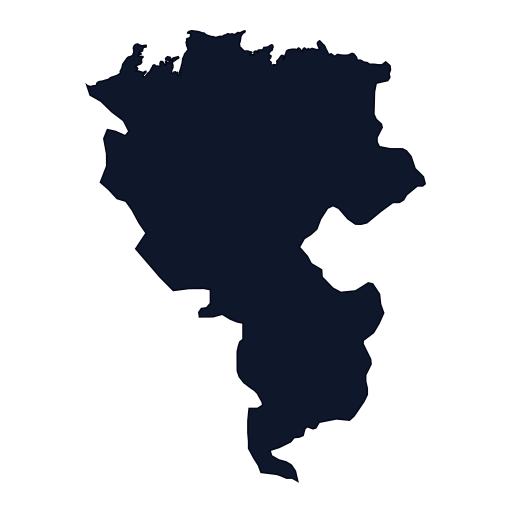 the district of Tumanian, Lori, Armenia
{"feature_id": "60910142B81526699291587", "entity_name": "Tumanian", "entity_type": "district", "adm_level": 2, "iso_a3": "ARM", "parent_name": "Armenia", "parent_adm1": "Lori", "projection": "equal_earth", "projection_center": [44.669, 40.997], "detail": "fine", "context": "isolated", "style": "filled", "palette": "ink", "viewbox_px": 512, "rotation_deg": 0, "n_neighbors": 0, "source": "geoboundaries", "source_scale": "gbopen_adm2", "svg_char_len": 5757}
<svg xmlns="http://www.w3.org/2000/svg" viewBox="0 0 512 512"><path d="M297.8,481.3L295.4,471.1L291.3,465.0L286.1,461.9L278.8,459.9L271.6,455.8L270.0,450.4L279.1,447.5L290.7,441.8L294.1,437.6L299.2,437.1L303.1,435.5L304.9,428.8L307.2,426.7L313.0,428.8L315.8,428.0L319.2,422.3L336.3,418.9L349.5,420.2L354.1,416.0L363.9,401.6L367.3,394.6L367.3,388.4L365.7,381.4L365.7,375.0L371.1,364.1L370.6,359.2L363.0,343.8L363.3,340.4L373.6,332.6L379.1,323.3L383.7,313.0L380.6,304.2L379.5,294.2L372.7,283.9L368.3,282.9L355.6,290.9L340.8,292.4L332.8,288.1L322.1,277.0L321.6,269.8L311.2,263.6L307.5,256.5L299.4,247.2L304.3,238.6L310.8,234.5L316.8,229.1L320.6,219.0L327.6,208.2L333.1,205.6L338.8,208.4L347.9,218.9L355.4,224.1L360.9,224.3L366.9,222.8L380.3,211.7L392.8,202.5L399.5,202.4L403.7,199.8L406.5,194.9L417.4,185.9L422.6,186.0L425.2,183.8L423.4,176.8L415.1,168.6L411.1,156.5L406.4,150.8L402.5,148.8L390.3,148.8L379.4,146.7L377.1,142.1L377.0,137.5L382.2,127.4L381.4,124.1L376.2,119.3L373.9,114.2L374.5,91.8L376.2,83.2L387.7,80.6L389.9,77.3L389.0,73.9L390.5,69.9L390.0,65.7L385.7,61.9L381.9,64.9L377.5,64.7L373.6,64.2L370.5,64.3L368.9,63.9L367.3,62.6L363.0,61.9L362.4,61.1L361.1,60.4L360.0,60.1L358.3,60.2L356.9,59.9L356.8,58.2L356.5,57.3L354.0,54.1L352.7,53.5L351.8,53.4L348.8,54.9L347.0,55.2L344.2,55.3L341.5,55.1L337.4,54.4L335.2,56.2L333.9,55.9L331.1,53.8L330.2,54.0L329.2,54.7L328.5,54.2L327.2,51.2L326.1,49.4L324.9,46.5L324.3,45.4L323.0,44.4L320.4,41.5L319.6,40.8L318.4,41.6L317.5,42.7L317.4,43.8L317.7,44.9L319.2,48.3L319.0,49.1L318.2,49.5L316.7,49.7L312.1,48.4L309.8,49.4L309.2,49.3L308.4,48.6L307.0,49.8L304.6,48.0L303.8,48.3L302.9,49.3L302.8,51.1L301.8,51.0L300.7,50.0L299.7,48.6L298.5,48.0L297.8,48.7L297.1,49.8L296.0,49.3L292.3,49.2L288.4,49.9L287.0,50.6L286.2,51.9L286.0,52.9L285.2,54.8L284.0,59.6L283.4,59.4L283.8,56.2L283.0,55.5L281.6,55.5L280.8,56.1L278.8,59.1L277.1,60.7L276.7,61.5L277.0,62.3L277.0,63.4L276.5,64.5L275.7,65.0L273.6,64.6L271.8,65.3L270.6,64.6L271.3,62.8L271.0,62.1L269.5,61.0L269.0,60.4L269.0,59.5L270.5,58.0L271.1,56.0L270.3,55.3L269.2,55.1L268.9,54.5L269.0,53.4L269.8,52.0L270.9,50.8L271.8,50.5L272.2,50.0L272.4,49.2L272.2,48.1L273.0,47.7L273.0,46.6L272.7,45.5L272.1,44.9L271.1,44.9L267.7,47.1L263.9,47.5L263.3,48.6L262.9,49.9L258.5,50.0L258.0,50.4L257.8,52.3L257.4,52.2L256.8,51.6L256.1,51.0L255.0,51.2L254.1,51.7L253.9,52.8L254.1,54.0L254.1,54.8L252.7,54.6L251.5,54.7L250.8,55.4L249.9,55.3L250.0,54.1L251.4,52.9L251.8,52.3L251.1,51.9L249.8,51.8L247.9,51.0L244.5,51.1L243.1,50.1L241.4,48.2L240.0,47.1L239.5,45.1L239.4,43.7L240.1,41.5L241.0,36.2L241.9,34.6L243.2,33.1L244.6,32.3L245.1,31.7L245.0,30.9L244.3,30.9L242.3,31.6L241.8,32.0L239.3,33.1L238.9,32.6L238.3,32.5L237.3,32.7L236.6,33.4L235.5,33.9L234.6,34.9L232.6,33.9L230.8,34.0L230.1,34.5L228.4,33.8L227.3,33.8L225.3,35.3L224.6,35.0L221.9,36.6L220.8,36.3L219.6,36.4L215.6,37.5L213.0,36.6L211.5,36.6L207.1,35.2L205.8,34.6L204.0,33.0L202.1,32.9L199.6,31.9L197.1,31.4L191.6,30.7L188.9,31.5L187.7,32.5L187.6,33.0L188.2,33.2L189.9,33.3L190.7,33.7L190.5,36.1L190.1,37.3L189.3,37.9L188.1,38.4L187.1,38.5L186.6,39.2L186.8,41.3L186.0,42.3L186.6,43.8L186.5,44.9L186.9,46.0L187.3,46.5L187.5,48.0L188.5,49.5L188.2,50.0L187.4,50.4L186.7,51.6L184.6,54.0L184.0,56.0L182.7,58.6L182.3,62.5L180.5,69.3L179.7,71.3L179.5,72.5L180.4,73.2L179.9,73.6L179.6,75.0L178.8,75.4L178.1,74.7L177.9,73.0L177.5,72.4L176.2,73.4L175.8,72.8L175.6,71.9L174.7,71.9L173.9,72.1L173.4,73.1L172.6,73.4L171.7,72.7L171.5,72.2L171.9,69.9L173.0,67.2L172.9,65.1L172.3,63.2L172.6,62.2L173.3,61.4L174.7,60.7L176.8,59.0L178.4,58.4L178.8,57.6L178.2,56.7L173.8,57.8L172.5,58.5L171.9,59.9L171.3,60.3L170.7,59.7L170.7,58.6L170.1,57.3L167.5,56.7L165.6,58.4L165.6,59.1L165.9,59.8L168.0,60.2L168.9,60.7L169.3,61.2L169.1,62.0L168.8,62.6L167.8,62.7L166.0,61.3L165.5,61.7L165.9,63.1L165.9,63.9L165.6,64.9L164.8,65.0L162.8,61.8L161.8,61.4L160.9,61.4L160.4,62.2L160.0,63.2L160.1,66.2L159.5,66.5L157.6,66.0L157.0,66.3L155.9,66.2L155.6,65.6L154.2,64.8L153.4,65.2L152.6,65.9L152.5,67.0L151.7,67.9L150.2,70.9L149.5,71.9L147.9,73.2L146.2,75.4L144.8,76.8L143.7,77.0L143.1,76.4L143.1,75.7L143.4,74.7L144.3,74.0L145.4,72.8L146.0,72.1L145.9,71.3L144.9,71.5L143.6,72.4L142.7,72.4L138.8,71.1L136.1,70.9L136.3,70.3L137.1,69.6L137.7,68.6L137.1,67.5L135.6,66.6L136.8,65.4L140.6,63.9L141.7,62.4L141.4,59.6L141.6,58.7L141.8,58.2L143.1,57.1L142.9,56.6L141.5,56.4L139.5,56.5L138.3,56.1L138.5,55.1L141.1,54.1L140.9,53.4L139.0,53.2L139.0,52.6L140.2,51.8L142.3,51.0L142.6,50.7L142.6,49.6L143.4,47.5L146.2,46.9L146.2,46.0L145.9,45.2L142.1,45.8L139.4,45.0L138.3,44.2L137.2,44.0L135.7,44.5L134.4,45.4L133.6,47.1L133.4,48.1L133.5,49.4L133.8,50.0L133.8,52.6L133.2,53.7L132.8,55.3L130.9,56.4L129.0,56.8L127.7,57.5L126.8,58.5L122.8,64.2L122.4,65.5L122.3,67.1L120.8,70.4L120.2,71.3L120.5,72.2L120.2,73.4L117.6,75.1L116.6,75.6L110.6,77.6L108.6,79.2L107.5,79.7L105.9,80.0L102.9,81.0L98.8,81.7L97.3,82.7L96.8,83.4L96.8,84.4L95.6,85.8L93.0,85.8L92.0,86.3L90.3,86.5L87.5,85.7L86.8,85.1L90.1,95.1L100.9,101.2L111.8,111.8L123.5,120.7L128.9,131.3L125.3,135.8L115.5,131.4L107.4,129.6L103.8,138.6L106.6,153.7L106.7,166.1L100.4,182.3L108.3,189.1L117.1,198.6L125.8,201.2L132.0,209.8L139.0,222.8L146.1,233.1L135.7,248.8L160.2,277.3L173.3,290.5L188.9,288.5L203.9,288.4L210.4,289.7L210.4,303.3L206.5,307.8L201.4,308.5L198.8,312.3L199.4,316.9L213.1,316.8L222.2,314.2L230.6,319.3L237.1,321.9L243.0,323.1L243.0,339.3L239.8,341.9L238.5,345.8L237.2,351.6L237.3,371.0L239.3,376.8L243.8,382.6L249.7,387.1L254.3,390.3L257.5,393.5L259.5,397.4L262.1,401.9L262.7,405.1L257.6,408.4L249.1,408.4L247.9,420.7L247.9,433.0L248.6,441.4L248.6,448.5L253.9,458.2L258.4,465.3L261.0,472.4L276.6,474.3L280.5,475.6L286.4,478.1L292.2,478.1L297.8,481.3Z" fill="#0f172a" stroke="#020617" stroke-width="1.5"/></svg>